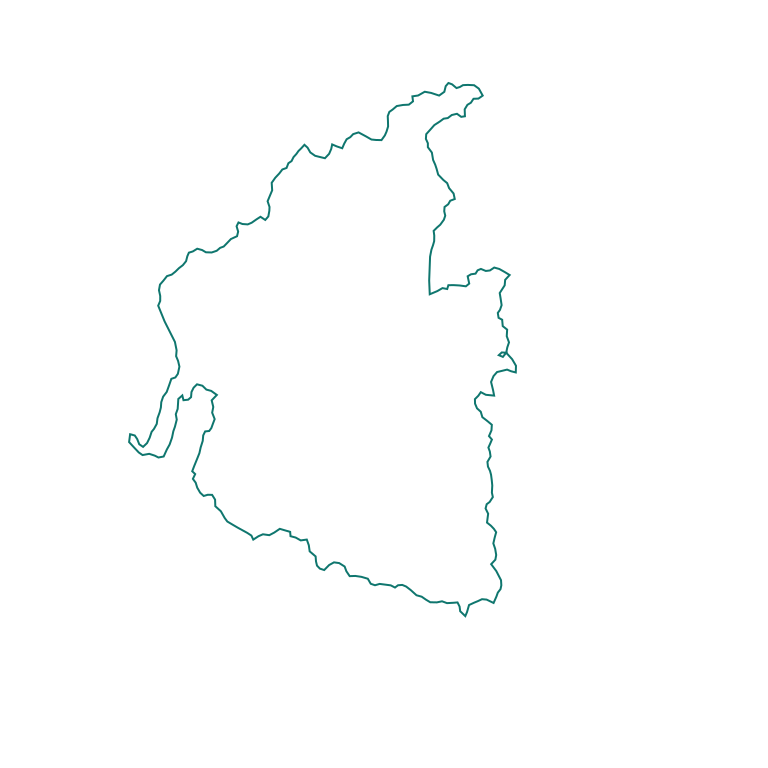 the district of Choró, Ceará, Brazil, rotated 326°
{"feature_id": "56859067B45544382813179", "entity_name": "Choró", "entity_type": "district", "adm_level": 2, "iso_a3": "BRA", "parent_name": "Brazil", "parent_adm1": "Ceará", "projection": "natural_earth1", "projection_center": [-39.181, -4.796], "detail": "fine", "context": "isolated", "style": "outline", "palette": "teal", "viewbox_px": 768, "rotation_deg": 326, "n_neighbors": 0, "source": "geoboundaries", "source_scale": "gbopen_adm2", "svg_char_len": 4763}
<svg xmlns="http://www.w3.org/2000/svg" viewBox="0 0 768 768"><g transform="rotate(326 384 384)"><path d="M145.4,283.7L140.2,289.6L141.4,297.5L142.4,303.6L144.1,307.9L150.3,310.6L153.9,315.2L155.9,318.8L160.8,320.9L167.3,316.9L172.4,314.3L178.3,309.9L182.9,305.4L186.8,302.5L192.3,297.6L194.5,292.6L199.0,289.3L201.8,285.7L205.1,281.4L210.4,280.7L208.7,285.3L212.9,287.5L216.7,287.0L219.9,283.0L224.1,280.6L228.8,279.7L232.5,283.9L233.6,289.3L236.9,293.1L239.3,299.6L232.0,301.2L229.6,307.6L225.5,311.7L224.0,318.4L219.9,321.3L216.2,324.0L212.8,325.2L209.2,323.3L205.4,325.5L201.9,329.8L196.5,334.1L192.3,338.1L187.0,341.7L180.9,345.8L176.2,349.1L177.1,353.1L172.5,355.8L172.7,360.5L171.2,365.5L170.8,371.3L171.9,376.0L176.0,377.3L179.5,379.8L179.3,385.4L175.8,391.0L177.6,398.3L177.0,406.0L177.2,410.4L179.9,416.1L182.4,421.3L187.4,431.0L189.3,435.5L188.6,439.9L194.8,440.0L199.6,440.9L204.4,445.2L209.9,445.8L216.6,445.8L223.5,454.1L221.4,457.9L224.9,461.9L227.5,467.1L233.0,469.8L231.5,475.6L228.8,481.2L230.9,488.7L228.4,493.1L226.9,497.1L227.6,501.2L230.4,504.8L237.3,503.4L242.8,503.9L246.7,507.4L249.3,513.3L248.1,518.2L248.1,524.1L252.9,527.1L257.4,531.2L261.7,536.4L261.3,542.2L264.0,545.8L268.6,547.3L272.7,550.9L277.0,554.7L279.3,558.9L283.1,558.7L286.8,560.8L289.1,564.3L290.9,569.7L292.8,577.3L296.3,581.4L298.2,586.3L300.3,590.8L305.7,594.6L310.6,596.6L313.7,600.9L318.9,604.0L322.8,606.2L322.2,610.8L320.1,615.0L321.6,621.9L325.3,619.5L330.9,614.8L336.5,615.7L340.4,616.5L344.9,617.2L348.5,620.1L352.4,626.8L358.3,623.1L361.7,620.6L365.9,619.2L368.7,616.5L371.3,612.1L372.5,601.8L372.1,593.3L378.1,591.9L381.4,588.5L384.0,582.8L385.5,577.3L389.9,573.2L394.1,569.6L394.1,565.5L393.4,561.3L391.9,556.5L394.7,553.3L397.8,549.8L398.6,544.0L401.9,541.1L405.6,540.9L411.0,538.6L412.7,534.4L417.0,528.7L419.5,524.1L422.0,519.1L423.3,515.3L424.0,510.6L426.2,506.4L431.8,503.7L434.0,499.1L435.0,495.1L438.7,492.8L442.4,490.4L441.9,485.9L447.2,482.5L450.6,478.1L448.7,471.6L447.0,466.5L448.7,461.1L447.5,456.2L448.5,451.2L450.9,447.4L455.6,446.5L459.7,444.9L462.4,449.9L468.8,455.2L470.9,450.3L473.9,442.2L479.2,438.7L484.4,437.3L489.5,439.2L494.1,440.9L496.5,444.5L499.7,448.1L503.6,442.7L504.1,435.1L502.8,426.4L506.7,422.6L510.9,419.4L512.5,413.0L516.5,407.8L514.8,402.4L517.9,396.8L516.0,393.2L518.1,388.7L521.6,387.4L525.6,384.4L528.6,378.1L530.8,373.3L535.0,371.5L539.2,369.7L542.7,365.4L549.1,363.9L546.7,358.7L543.9,353.1L540.5,349.1L535.3,349.1L531.6,347.2L528.7,342.8L525.2,342.1L521.6,343.7L517.5,341.7L513.6,341.5L510.8,348.4L506.5,348.8L501.8,344.6L496.8,340.8L492.6,338.1L489.5,340.6L486.1,337.2L480.2,336.8L472.1,335.2L479.3,323.5L493.4,304.2L498.4,299.2L502.3,296.3L505.5,293.6L508.7,289.0L510.8,284.8L515.6,283.9L519.7,283.4L525.5,281.3L528.9,278.7L530.5,274.5L533.2,271.1L537.7,270.9L541.4,269.1L546.1,270.2L548.2,265.0L547.5,258.0L548.7,252.8L547.3,248.1L546.0,240.7L547.9,235.1L549.1,230.8L550.0,225.7L553.1,218.9L552.8,212.2L555.0,208.9L555.8,204.2L558.7,200.5L564.7,199.0L570.5,197.5L577.1,197.6L581.8,197.4L585.6,199.2L590.6,198.9L595.6,200.8L597.4,205.7L600.8,207.3L604.5,201.4L609.3,199.2L613.3,199.4L617.7,197.6L621.9,200.2L627.1,200.1L627.8,192.2L625.8,186.7L620.7,182.9L616.6,180.4L613.0,180.2L609.6,179.2L608.0,173.6L605.7,170.5L601.7,171.6L597.4,175.5L591.0,175.7L585.8,169.0L581.2,164.5L573.6,163.9L568.4,161.4L566.1,165.9L560.8,166.3L555.8,163.3L550.0,160.7L544.6,161.3L540.6,161.4L536.9,164.0L534.4,168.1L531.4,172.8L527.2,176.2L523.7,178.4L518.3,180.4L513.8,177.2L510.3,174.3L507.5,168.6L503.6,161.2L498.2,159.6L494.1,160.5L489.9,160.2L485.4,162.5L481.2,165.2L477.7,160.6L475.0,156.4L471.7,159.6L467.2,162.5L461.3,163.8L457.2,159.3L454.5,156.3L452.4,150.8L452.8,145.3L451.8,141.2L447.3,142.3L443.4,143.0L440.0,144.3L435.9,145.3L432.0,147.5L428.2,147.5L424.0,150.4L419.7,149.3L414.9,150.9L409.2,152.2L403.4,154.4L399.6,160.9L395.0,163.9L389.7,167.4L388.1,173.2L385.8,176.3L381.8,180.4L377.3,181.6L375.1,176.3L370.3,176.2L364.5,176.3L360.3,175.5L356.1,172.2L353.7,168.7L350.0,170.8L348.3,176.1L344.8,179.3L338.2,178.2L332.3,179.5L328.0,180.4L324.3,179.5L319.8,180.0L314.7,178.6L310.0,175.2L308.1,171.2L304.8,167.4L299.6,167.2L295.7,166.0L292.4,168.1L288.6,171.5L283.7,173.0L278.8,173.3L273.9,174.2L269.2,174.6L264.4,173.2L258.8,175.0L253.9,176.3L249.9,180.4L247.7,185.9L244.9,190.0L240.6,192.8L237.1,209.5L234.2,232.2L230.9,240.1L227.2,244.7L226.2,249.7L224.1,255.2L218.8,260.3L214.7,261.9L210.6,260.8L205.0,265.0L199.4,269.1L193.8,271.0L189.2,274.5L185.9,278.7L182.2,282.0L177.1,285.7L173.3,290.0L168.2,292.6L164.6,293.7L159.7,297.5L154.5,300.5L149.1,301.4L147.4,297.1L148.6,291.6L148.6,287.3L145.4,283.7ZM502.8,426.4L497.7,428.0L495.3,424.3L499.3,423.7L502.8,426.4Z" fill="none" stroke="#0f766e" stroke-width="2"/></g></svg>